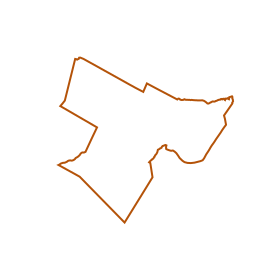 Serei Saophoan, Bântéay Méanchey, Cambodia, rotated 212°
{"feature_id": "14789045B91793328513154", "entity_name": "Serei Saophoan", "entity_type": "district", "adm_level": 2, "iso_a3": "KHM", "parent_name": "Cambodia", "parent_adm1": "Bântéay Méanchey", "projection": "albers", "projection_center": [102.937, 13.614], "detail": "fine", "context": "isolated", "style": "outline", "palette": "amber", "viewbox_px": 256, "rotation_deg": 212, "n_neighbors": 0, "source": "geoboundaries", "source_scale": "gbopen_adm2", "svg_char_len": 2633}
<svg xmlns="http://www.w3.org/2000/svg" viewBox="0 0 256 256"><g transform="rotate(212 128 128)"><path d="M209.4,158.6L196.1,117.8L196.5,114.0L197.0,110.7L154.6,112.1L153.2,99.8L151.4,85.2L152.0,84.4L152.4,83.8L153.2,83.4L153.8,83.0L154.2,82.4L154.6,81.1L154.6,80.2L154.6,79.6L154.9,78.3L155.4,76.7L156.0,75.7L156.5,74.7L156.5,73.7L157.2,71.9L158.3,70.6L158.8,70.3L159.9,69.9L161.1,68.8L161.7,67.8L161.8,67.2L162.7,65.8L163.3,65.0L164.7,64.0L165.7,62.8L166.2,62.1L166.4,61.6L166.7,60.7L167.3,59.8L157.9,60.3L143.2,61.1L80.8,46.0L81.0,87.8L81.1,99.2L90.6,110.2L91.0,110.4L91.4,110.1L91.9,110.1L91.8,110.8L91.6,111.9L91.2,113.0L91.2,113.7L90.8,114.1L90.8,114.5L90.5,115.1L90.3,115.8L90.4,116.5L90.5,117.2L90.2,117.7L90.4,118.3L90.5,119.4L90.2,120.6L90.2,121.6L90.3,122.9L90.7,124.2L91.0,124.9L91.1,125.4L90.7,126.0L90.3,126.7L90.0,127.7L89.6,128.1L89.1,129.1L89.3,129.7L89.2,130.7L89.1,131.1L88.7,131.5L88.4,131.8L88.1,132.4L87.7,132.9L87.1,133.5L86.2,133.6L85.7,132.1L84.6,130.5L83.4,130.5L81.1,131.0L79.4,131.5L78.0,132.7L76.0,132.7L73.7,132.3L70.8,131.1L68.3,129.9L64.5,129.1L62.0,129.0L59.1,129.9L56.2,131.5L53.3,133.8L50.8,136.4L49.0,138.3L47.6,140.2L47.4,142.7L47.7,147.1L47.6,150.4L47.6,151.3L47.6,153.1L47.7,154.8L47.7,157.6L47.5,160.2L47.4,162.7L47.4,165.2L47.2,168.9L47.0,173.0L47.0,176.4L46.8,180.1L46.6,182.0L46.6,182.7L50.6,187.1L53.2,189.5L52.5,204.1L53.0,204.6L53.0,205.2L53.1,206.4L53.6,206.9L54.1,207.6L54.4,207.9L55.1,208.2L55.5,209.0L56.0,209.7L56.4,210.0L56.9,209.7L57.2,209.2L57.9,208.4L58.5,207.7L58.4,207.2L57.9,206.7L57.6,205.9L58.2,205.8L59.5,205.9L59.7,205.4L60.2,204.8L60.7,204.7L61.0,204.5L60.7,203.9L60.5,203.1L61.0,203.1L61.7,203.4L62.5,203.4L63.0,202.8L63.2,202.3L63.8,202.4L64.7,201.6L64.6,201.1L65.1,200.7L65.8,200.2L66.0,199.8L66.5,199.4L67.0,198.5L67.2,198.1L67.9,197.4L68.3,196.6L68.7,196.2L69.4,195.8L70.4,195.3L70.8,194.6L71.1,193.9L71.5,193.6L72.0,192.5L72.6,191.5L73.1,191.1L73.8,190.9L74.7,191.1L76.2,191.3L77.3,191.3L78.1,191.3L79.1,191.0L79.8,190.8L80.7,190.1L81.7,189.5L82.5,189.0L83.6,188.3L84.8,187.7L85.8,187.1L87.1,186.4L87.9,186.0L88.9,185.6L89.4,185.1L89.8,184.8L90.4,184.6L91.1,184.3L91.4,184.0L92.1,183.6L92.6,183.4L93.2,183.0L93.6,182.7L94.3,182.4L95.2,182.4L95.6,182.1L95.7,181.5L96.0,181.2L96.5,180.8L97.0,180.4L97.7,180.0L98.9,179.7L99.6,180.0L100.0,180.0L100.9,179.6L101.3,178.3L107.9,177.8L125.2,176.5L135.6,175.8L134.2,166.7L143.4,166.0L145.9,165.9L148.9,165.7L196.6,163.3L202.4,163.0L205.8,162.4L206.2,162.1L206.7,161.7L206.6,161.1L206.4,160.7L206.6,160.3L206.9,159.9L207.2,159.4L207.4,159.0L208.3,159.0L209.4,158.6Z" fill="none" stroke="#b45309" stroke-width="2"/></g></svg>